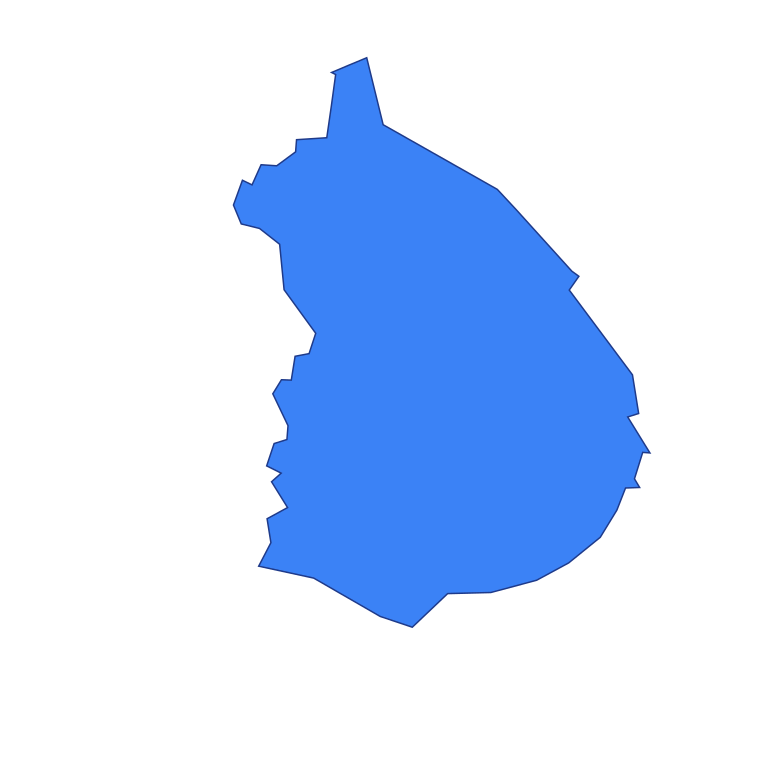 Fentress, Tennessee, United States of America, rotated 136°
{"feature_id": "52423323B70969793356502", "entity_name": "Fentress", "entity_type": "district", "adm_level": 2, "iso_a3": "USA", "parent_name": "United States of America", "parent_adm1": "Tennessee", "projection": "mercator", "projection_center": [-84.916, 36.357], "detail": "fine", "context": "isolated", "style": "filled", "palette": "blue", "viewbox_px": 768, "rotation_deg": 136, "n_neighbors": 0, "source": "geoboundaries", "source_scale": "gbopen_adm2", "svg_char_len": 855}
<svg xmlns="http://www.w3.org/2000/svg" viewBox="0 0 768 768"><g transform="rotate(136 384 384)"><path d="M561.7,368.3L575.6,348.4L600.7,340.0L569.4,293.2L548.2,219.4L532.6,189.4L483.8,189.0L452.0,159.8L410.5,136.8L375.4,127.0L334.9,123.5L304.1,131.5L282.5,141.4L272.0,132.0L269.7,141.8L245.4,155.1L240.6,149.7L231.6,191.0L221.3,185.9L198.9,218.0L185.5,322.9L169.0,326.1L170.5,334.7L167.8,417.6L167.3,445.3L204.5,571.1L169.8,630.7L187.9,637.8L205.3,644.5L203.8,640.2L228.7,620.6L254.1,600.9L277.2,620.5L286.3,612.4L309.6,615.5L320.1,627.1L340.6,618.9L344.3,628.9L368.0,617.3L375.5,598.3L365.5,582.4L362.0,557.0L390.4,521.2L397.9,467.9L416.8,457.9L428.7,465.7L448.0,451.2L454.8,458.3L470.8,454.2L482.0,420.7L492.4,411.5L504.4,417.5L525.3,406.6L519.9,391.3L532.8,391.8L539.2,362.1L561.7,368.3Z" fill="#3b82f6" stroke="#1e3a8a" stroke-width="1.5"/></g></svg>